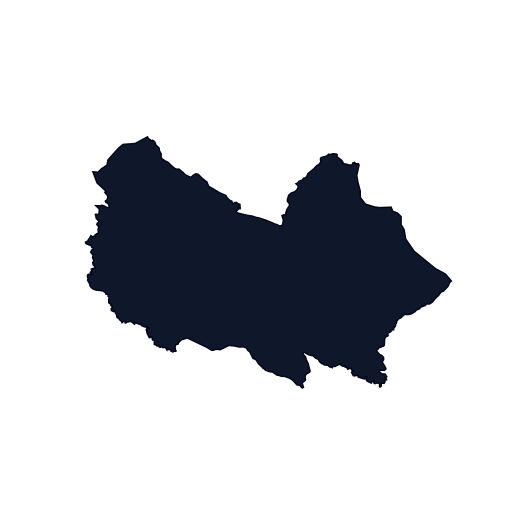 the district of Kandreho, Betsiboka, Madagascar, rotated 129°
{"feature_id": "10022922B38821373259374", "entity_name": "Kandreho", "entity_type": "district", "adm_level": 2, "iso_a3": "MDG", "parent_name": "Madagascar", "parent_adm1": "Betsiboka", "projection": "natural_earth1", "projection_center": [46.108, -17.43], "detail": "fine", "context": "isolated", "style": "filled", "palette": "ink", "viewbox_px": 512, "rotation_deg": 129, "n_neighbors": 0, "source": "geoboundaries", "source_scale": "gbopen_adm2", "svg_char_len": 6096}
<svg xmlns="http://www.w3.org/2000/svg" viewBox="0 0 512 512"><g transform="rotate(129 256 256)"><path d="M384.2,364.2L384.2,362.0L383.0,358.4L382.0,357.5L381.6,356.3L380.7,356.2L380.8,355.1L379.5,352.9L379.2,350.1L380.1,348.4L379.1,347.5L379.3,346.4L380.3,345.8L380.7,344.0L381.6,343.1L382.4,343.3L385.1,340.8L384.8,338.3L385.7,337.9L385.7,336.2L386.3,335.8L386.6,334.9L388.2,335.3L389.4,334.1L388.8,331.8L387.8,331.2L387.7,330.3L388.4,330.1L389.2,327.7L391.0,325.7L391.2,325.0L390.8,323.4L391.4,322.0L391.4,319.6L392.1,318.2L391.1,318.3L389.9,317.3L389.8,316.3L390.3,315.7L390.1,315.0L388.3,314.8L388.1,314.1L386.4,313.0L385.5,311.8L385.6,311.0L384.9,310.0L385.6,309.1L385.4,307.4L385.0,307.5L384.5,308.4L383.8,308.3L382.8,304.6L381.7,302.5L382.1,301.0L381.2,298.0L380.7,297.5L380.4,296.3L379.0,296.2L379.4,294.0L380.0,294.1L380.3,295.2L382.2,295.0L384.6,291.9L386.6,287.6L386.1,286.9L384.5,286.5L384.6,285.7L386.3,283.7L386.3,283.2L385.4,282.6L385.6,281.8L388.7,279.4L388.1,278.1L388.2,276.3L386.7,275.0L387.5,274.1L387.5,273.6L386.8,272.5L385.5,272.3L385.8,270.6L384.6,270.1L384.4,267.8L385.1,265.9L383.9,266.2L383.6,264.7L382.7,263.8L382.7,262.8L383.4,262.4L382.9,260.1L381.8,260.0L380.5,258.3L380.0,258.5L379.7,260.1L378.9,260.2L377.8,261.6L375.2,262.6L373.8,261.2L371.1,261.7L367.9,261.1L362.9,257.8L357.9,236.7L357.2,231.2L356.0,229.7L354.5,229.2L352.1,226.3L351.5,225.0L342.6,220.8L339.7,216.5L337.2,211.6L334.2,208.2L333.6,205.5L334.5,202.9L334.4,200.6L337.5,193.8L336.9,192.3L336.7,190.4L338.2,186.1L338.5,181.1L338.9,179.7L338.6,178.9L337.7,178.0L338.7,177.5L338.8,176.8L337.3,172.5L335.8,170.2L335.3,164.5L334.4,163.2L333.6,160.7L331.6,158.2L329.8,152.9L329.4,149.0L330.4,143.1L329.0,140.7L329.5,137.0L328.1,136.5L326.2,139.5L325.3,140.2L321.9,139.5L321.0,139.7L319.2,141.8L317.9,142.4L315.8,142.6L312.7,141.2L311.4,141.6L306.8,147.8L304.9,151.8L303.2,154.0L302.9,156.5L301.9,158.7L301.5,158.8L300.5,158.0L299.7,153.1L297.5,148.5L297.9,145.8L297.1,142.5L298.2,140.0L298.2,137.2L297.7,135.9L297.7,134.5L295.6,131.2L295.9,128.9L294.9,127.5L294.8,126.4L293.1,126.7L292.5,126.2L292.3,125.2L287.8,123.1L287.1,121.6L287.5,120.6L286.9,119.9L286.9,119.0L285.5,117.8L286.3,116.8L285.5,115.8L286.2,113.4L284.6,112.6L283.7,111.5L284.4,109.6L284.3,108.0L285.6,108.6L286.3,108.5L287.8,105.1L287.2,104.1L285.0,102.1L285.0,101.4L285.6,100.5L285.5,99.7L283.4,94.5L282.7,94.1L281.3,95.1L280.2,94.2L280.8,92.9L282.4,93.2L283.3,91.1L282.3,86.5L281.7,86.3L280.3,86.9L278.7,85.7L278.8,85.3L280.2,84.9L280.6,84.0L280.4,83.3L278.1,81.7L277.7,79.8L278.0,79.1L279.5,78.1L279.8,77.1L278.1,76.8L276.3,78.4L275.5,78.0L274.4,76.3L272.5,76.6L271.7,78.0L270.0,76.6L268.6,78.9L267.6,78.4L266.5,81.3L268.4,84.1L268.4,87.4L266.8,87.8L264.2,84.4L262.6,83.9L261.7,84.2L260.3,87.3L259.4,90.5L258.3,91.3L255.8,91.8L254.5,93.2L254.1,95.6L254.8,98.0L253.9,102.1L253.4,103.0L251.1,102.5L249.3,102.8L248.4,101.4L247.5,101.6L245.8,100.2L244.6,100.2L239.3,103.9L237.4,104.3L234.8,103.2L233.1,105.0L230.6,103.8L227.5,103.5L226.6,102.6L225.5,103.6L223.1,103.5L221.6,104.0L221.0,105.0L219.8,104.6L218.2,105.7L217.1,105.5L215.6,105.8L212.3,104.3L210.3,104.5L209.5,103.9L208.5,104.0L207.2,103.1L206.6,101.9L204.5,99.7L203.4,99.0L199.0,97.3L197.5,97.5L194.0,95.7L192.0,95.8L188.3,93.5L185.3,92.9L184.7,91.6L183.8,90.8L180.8,89.9L176.0,89.9L171.6,89.3L167.7,89.5L165.3,88.2L158.8,87.7L154.7,88.8L152.5,88.4L150.8,97.4L152.9,108.7L152.8,136.0L148.6,150.4L142.3,157.5L140.3,163.0L134.1,168.0L133.6,173.2L135.2,177.9L133.0,181.7L140.8,190.6L143.2,194.6L146.8,203.5L144.9,211.7L139.9,215.9L134.8,222.9L130.0,228.4L120.4,233.2L119.9,234.5L121.4,236.4L121.3,238.4L122.7,239.3L124.6,238.7L125.5,239.3L127.0,241.4L127.9,244.0L128.9,245.3L129.0,246.2L127.7,249.6L127.9,254.6L127.6,255.8L126.0,256.8L126.2,257.6L127.8,260.2L128.6,261.0L130.1,261.6L131.0,263.5L134.0,264.1L138.5,267.3L139.8,267.2L142.2,264.8L145.0,264.7L147.7,265.7L151.6,265.9L159.2,267.5L161.6,266.8L164.0,266.6L165.6,268.0L167.9,267.8L170.8,269.6L172.8,269.5L174.7,270.4L174.8,268.1L175.2,267.2L176.2,266.4L178.9,265.9L181.7,266.3L184.7,268.2L188.2,268.8L192.5,267.1L193.7,266.0L194.6,262.6L195.6,261.8L200.2,261.3L203.9,259.9L205.4,258.7L206.5,260.4L208.3,261.2L210.9,257.3L214.8,255.1L216.3,255.2L217.9,256.7L218.3,259.3L219.0,260.7L221.6,269.8L224.6,277.9L226.0,280.3L227.3,284.0L230.0,288.6L233.9,296.9L234.3,296.5L234.8,296.9L233.6,299.5L231.0,299.2L230.6,300.0L230.1,300.3L229.4,298.1L228.6,298.4L227.4,299.8L227.8,300.5L226.3,300.6L226.0,300.9L226.7,303.1L226.6,304.8L227.8,306.2L229.4,306.2L229.5,308.2L228.7,309.0L228.6,309.5L229.3,309.6L228.9,315.2L227.9,317.5L229.7,323.9L231.3,334.9L231.8,336.3L229.2,341.1L229.5,341.8L229.4,346.9L228.9,352.4L230.0,354.5L232.2,355.5L235.4,356.0L236.0,356.5L237.4,362.0L237.0,365.0L236.9,370.5L238.1,371.8L238.8,373.1L239.1,375.0L238.9,380.5L238.5,382.9L239.2,385.9L239.6,390.5L238.6,392.4L236.4,393.8L234.7,397.8L233.1,399.1L232.7,403.7L231.2,406.2L230.9,407.6L231.3,409.5L232.5,409.9L232.6,410.3L232.2,411.5L232.5,413.2L231.7,415.3L244.6,420.7L252.9,429.5L258.4,430.7L274.5,431.5L279.2,429.0L285.5,431.0L290.3,431.5L293.2,435.7L299.2,425.6L300.1,412.9L301.6,413.6L302.5,409.4L304.0,407.8L306.5,407.1L307.9,407.7L308.5,407.4L308.8,406.3L308.4,405.2L308.5,403.4L310.0,401.0L310.8,401.0L311.6,401.5L312.4,403.3L312.6,405.4L313.6,407.8L315.1,408.7L317.7,412.1L318.1,407.3L322.1,404.5L323.4,405.1L324.3,406.8L324.7,407.0L327.3,403.8L327.9,399.8L329.1,399.6L330.5,400.0L331.7,399.5L332.3,396.5L335.0,395.3L336.9,393.3L337.9,393.0L338.9,393.8L340.1,393.8L340.6,394.4L341.9,393.4L342.5,394.4L343.9,394.7L344.1,397.1L346.4,396.6L348.8,396.6L350.0,395.9L351.6,397.0L352.6,397.1L353.2,396.5L353.2,395.2L351.7,390.4L352.7,388.8L352.1,387.6L352.5,386.8L353.2,386.7L354.5,387.4L357.1,386.9L357.8,383.2L360.2,381.9L361.7,379.1L362.3,378.8L364.0,378.8L365.5,376.6L365.5,374.7L366.4,373.7L367.0,373.7L368.8,375.3L369.9,375.7L371.0,374.2L373.0,374.4L373.4,372.2L373.9,371.8L374.3,373.1L375.5,374.6L376.6,374.9L377.9,374.3L378.9,372.6L380.8,371.7L382.3,367.8L383.6,366.2L384.2,364.2Z" fill="#0f172a" stroke="#020617" stroke-width="1.5"/></g></svg>